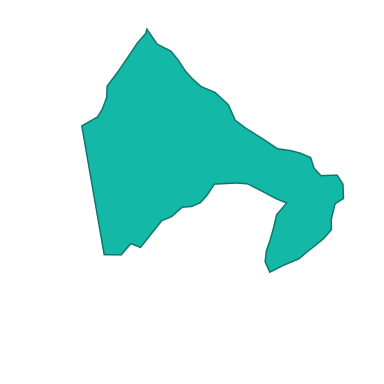 Agios Epiktitos, Cyprus, rotated 37°
{"feature_id": "46923920B11647519105740", "entity_name": "Agios Epiktitos", "entity_type": "district", "adm_level": 2, "iso_a3": "CYP", "parent_name": "Cyprus", "parent_adm1": "", "projection": "natural_earth1", "projection_center": [33.422, 35.313], "detail": "fine", "context": "isolated", "style": "filled", "palette": "teal", "viewbox_px": 384, "rotation_deg": 37, "n_neighbors": 0, "source": "geoboundaries", "source_scale": "gbopen_adm2", "svg_char_len": 899}
<svg xmlns="http://www.w3.org/2000/svg" viewBox="0 0 384 384"><g transform="rotate(37 192 192)"><path d="M60.5,158.5L66.9,167.7L70.5,179.7L71.4,188.9L64.2,205.5L159.6,294.9L173.3,284.8L174.2,270.0L184.2,267.3L185.1,233.1L190.5,223.9L193.3,210.1L200.5,203.7L205.1,195.4L206.0,186.1L205.1,172.3L221.5,158.5L231.5,152.0L246.9,149.3L264.2,146.5L274.2,143.8L273.3,159.4L278.7,171.4L283.3,183.4L286.9,194.4L292.4,203.7L302.4,209.2L308.7,196.3L317.8,180.6L319.7,171.4L322.4,161.3L325.1,150.2L326.0,138.2L319.6,129.9L313.3,115.2L316.9,106.0L311.5,99.4L307.8,94.9L297.8,91.2L285.1,101.4L275.1,99.5L266.0,93.1L255.1,95.8L246.0,99.5L234.2,106.0L217.8,106.9L206.9,107.8L196.9,108.7L183.3,108.7L168.7,100.5L150.5,98.6L136.0,102.3L124.2,101.4L114.2,99.5L101.4,94.9L90.5,92.2L75.1,94.9L58.0,89.1L59.6,93.1L58.7,106.0L59.6,120.7L60.5,140.1L60.5,158.5Z" fill="#14b8a6" stroke="#0f766e" stroke-width="1.5"/></g></svg>